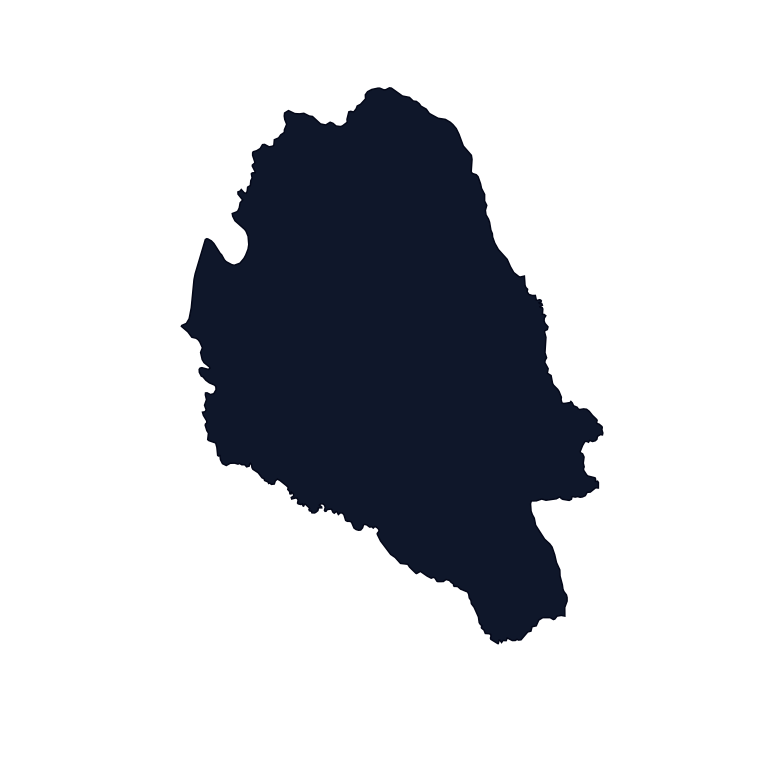 the district of Balboa, Risaralda, Colombia, rotated 157°
{"feature_id": "7082276B7209337263297", "entity_name": "Balboa", "entity_type": "district", "adm_level": 2, "iso_a3": "COL", "parent_name": "Colombia", "parent_adm1": "Risaralda", "projection": "equal_earth", "projection_center": [-75.945, 4.923], "detail": "fine", "context": "isolated", "style": "filled", "palette": "ink", "viewbox_px": 768, "rotation_deg": 157, "n_neighbors": 0, "source": "geoboundaries", "source_scale": "gbopen_adm2", "svg_char_len": 6151}
<svg xmlns="http://www.w3.org/2000/svg" viewBox="0 0 768 768"><g transform="rotate(157 384 384)"><path d="M548.0,516.3L544.2,508.7L542.6,502.1L539.0,499.5L537.7,497.2L537.1,494.7L537.0,488.3L540.5,484.7L541.8,477.5L541.3,474.0L538.0,467.8L538.0,466.6L539.9,466.0L545.3,470.2L547.0,470.5L548.4,469.7L549.4,467.0L549.1,462.7L547.8,461.3L546.5,457.0L544.3,453.3L540.4,449.2L539.8,447.4L540.8,444.4L544.5,441.6L547.9,442.1L550.3,445.0L551.8,445.5L552.7,443.8L553.5,439.0L557.5,434.6L557.8,429.7L559.6,428.4L562.1,429.0L562.5,425.7L561.6,419.3L562.3,417.5L564.0,416.9L564.7,415.9L565.3,410.3L564.8,407.4L568.0,401.7L567.3,400.3L562.0,395.5L562.6,391.0L565.0,383.3L564.5,382.4L563.0,382.2L564.1,378.2L563.8,373.8L561.0,370.6L556.5,371.1L552.4,369.5L549.7,367.3L548.1,367.4L546.4,365.2L543.8,364.2L542.8,361.4L540.2,361.1L538.7,363.1L537.9,363.3L537.5,361.3L538.2,358.6L538.0,356.7L534.5,351.5L532.9,345.3L531.4,343.7L531.6,341.8L529.1,339.2L529.0,337.5L527.8,337.5L526.9,335.6L524.1,334.8L521.9,337.3L519.3,338.1L517.5,335.9L513.5,328.5L512.6,326.2L513.8,324.5L512.9,321.9L513.5,319.7L512.6,319.1L511.3,320.4L510.4,318.2L510.9,316.2L513.7,315.8L513.9,314.2L509.9,313.6L508.7,312.8L508.4,310.7L510.1,308.2L509.8,307.2L507.5,305.5L505.8,305.6L506.2,303.5L505.7,303.0L504.1,304.4L503.4,304.2L501.2,299.3L501.2,298.5L502.1,297.9L502.2,296.5L500.5,295.1L500.7,293.6L498.2,292.4L496.6,292.6L494.3,293.3L492.8,295.6L489.7,294.3L489.4,295.2L490.8,297.8L489.1,298.4L487.1,297.5L486.2,295.9L486.2,293.5L488.2,291.0L488.0,289.8L487.1,289.5L485.3,290.6L481.8,289.6L481.2,289.0L481.1,285.9L480.3,284.5L477.8,285.2L477.2,284.4L477.0,281.7L474.6,282.5L472.6,281.4L472.0,279.0L472.6,273.4L471.4,271.9L469.4,271.1L467.9,269.7L467.9,263.1L466.5,260.9L464.5,259.3L462.5,258.7L459.9,260.0L458.0,262.3L457.0,262.5L455.0,261.2L453.1,257.9L450.9,257.3L450.2,255.6L448.2,256.4L446.9,255.2L445.9,253.2L445.7,251.4L446.4,250.3L448.6,249.1L448.9,248.1L448.5,240.8L444.4,224.5L441.5,220.0L438.9,212.4L432.6,208.8L432.0,205.4L428.6,197.3L428.1,196.8L423.7,197.3L419.3,190.3L416.4,186.8L414.2,186.8L413.0,185.7L412.3,181.7L411.7,181.1L406.6,179.0L403.3,179.8L400.5,177.6L399.7,175.2L398.2,172.8L398.7,171.1L398.5,170.3L395.4,168.9L393.6,165.2L388.3,159.9L388.2,157.3L389.1,153.7L388.5,150.9L389.4,147.6L388.3,143.3L388.1,132.7L389.6,127.1L389.2,124.9L388.1,123.0L389.3,122.3L389.6,121.3L388.1,118.4L388.2,114.8L384.7,113.0L383.7,111.8L384.0,110.1L385.3,108.5L385.4,107.2L380.7,100.6L380.2,100.4L378.2,103.2L377.4,102.8L376.8,100.1L374.7,101.4L371.8,100.0L369.8,102.1L366.1,97.7L363.3,96.6L361.3,97.0L360.2,95.7L357.8,95.0L348.6,99.6L345.3,99.1L342.6,102.7L338.4,101.9L333.8,106.2L329.2,106.9L322.3,104.0L320.1,101.0L318.6,100.9L315.4,102.7L311.2,101.7L308.2,99.7L304.9,107.7L300.3,112.6L298.9,115.9L298.5,118.6L299.5,122.8L299.4,125.4L298.3,129.4L297.0,138.4L294.8,144.2L295.0,152.2L293.6,160.1L293.0,168.2L293.9,172.0L296.8,178.4L299.6,194.8L298.1,201.8L298.5,205.8L298.3,209.5L295.9,216.5L294.1,218.8L289.4,216.9L283.8,216.5L280.3,213.7L270.2,211.0L266.1,211.4L265.6,209.4L264.5,208.0L259.0,204.5L256.5,204.7L255.1,206.6L254.4,206.7L252.2,205.2L249.7,204.7L247.7,203.1L245.4,202.5L242.3,202.6L239.4,204.9L236.3,203.9L229.7,205.8L227.3,204.5L225.1,209.6L225.4,211.1L227.4,211.7L226.4,213.9L226.4,215.2L232.2,219.6L232.9,220.9L233.9,226.4L233.5,228.0L232.1,229.5L231.5,233.3L228.4,238.6L228.5,242.1L229.9,243.9L229.8,245.2L225.1,249.9L221.5,252.6L219.6,251.8L218.5,250.5L216.7,251.7L214.5,249.6L211.8,249.2L209.7,249.9L207.9,252.4L204.6,252.9L202.8,251.8L201.7,253.4L201.3,256.7L200.1,258.7L200.0,259.7L201.7,263.0L203.2,264.3L203.3,265.6L202.0,267.3L202.1,268.2L204.4,273.7L205.8,278.7L207.4,281.6L210.0,283.1L213.8,284.0L214.9,285.0L215.3,287.1L218.0,289.9L218.1,293.1L218.8,294.9L219.9,294.2L224.4,295.3L226.3,295.9L227.6,297.1L227.1,300.4L225.9,302.5L225.8,308.7L226.2,311.1L228.4,316.7L228.6,318.7L226.9,326.5L229.4,330.1L226.9,334.0L227.6,341.0L226.3,343.0L224.1,344.6L223.6,349.9L216.7,363.7L215.9,369.1L215.2,370.2L212.4,370.3L210.7,372.5L212.1,376.9L212.0,379.5L210.8,381.9L208.4,383.6L209.4,385.4L210.9,386.3L208.5,391.0L208.5,392.4L210.1,393.4L210.3,394.2L207.4,394.6L207.4,396.4L209.1,397.0L209.6,398.1L207.6,398.0L206.7,399.0L207.0,400.1L207.9,400.8L210.3,401.1L211.0,401.8L210.1,406.4L212.9,407.5L215.6,409.8L216.2,413.0L214.8,415.1L215.7,417.5L215.6,419.8L212.6,428.5L217.0,429.3L217.9,430.2L221.0,435.9L221.8,442.6L221.9,450.6L226.2,463.1L227.0,470.4L226.6,476.8L225.5,480.1L225.5,483.8L223.6,491.7L223.4,494.9L224.0,499.9L222.8,504.3L219.6,508.3L219.9,513.1L217.3,519.2L217.8,526.0L216.9,530.6L216.4,538.1L217.3,540.6L220.4,543.3L220.8,545.3L215.2,556.4L214.2,560.4L218.0,572.1L217.4,584.6L217.7,590.9L219.2,595.8L220.7,599.0L224.1,603.6L230.4,607.5L235.8,614.3L236.6,615.5L237.7,620.5L241.4,625.3L242.1,628.4L243.8,631.5L246.5,633.0L248.6,637.9L254.5,641.9L261.6,653.5L263.3,654.5L267.4,654.2L269.2,654.8L272.3,658.0L274.0,658.7L280.2,659.9L284.9,659.5L288.2,657.5L289.6,653.7L296.4,650.6L300.0,650.4L302.1,648.2L305.1,646.5L306.1,646.5L308.0,648.0L310.0,648.3L314.6,642.2L315.6,639.3L321.5,637.8L323.5,638.0L327.3,640.2L329.1,643.9L331.3,646.0L336.4,645.2L340.8,648.2L345.3,658.2L348.1,659.9L352.0,664.5L356.3,665.7L360.5,667.8L365.1,673.0L369.6,672.3L371.1,669.7L372.0,666.2L372.1,661.1L376.3,657.0L377.5,654.5L381.7,653.7L384.9,651.7L389.5,651.7L392.0,647.0L393.4,646.4L397.1,647.2L400.3,651.2L402.3,651.8L406.0,649.1L410.2,648.5L413.6,648.9L414.6,648.1L415.6,645.8L416.2,638.7L416.7,637.9L419.6,637.0L420.1,636.0L419.7,630.3L420.0,628.9L422.8,629.8L424.0,629.3L424.9,625.1L427.1,623.3L429.5,618.9L432.6,618.5L434.7,614.8L436.4,613.4L437.9,614.5L439.4,618.8L441.2,617.8L443.4,617.9L444.2,615.8L442.2,608.6L445.6,607.0L448.4,602.7L450.8,600.5L452.3,600.0L457.1,600.2L457.7,597.6L457.4,592.5L451.8,580.7L451.3,578.3L451.4,573.0L454.0,565.2L456.5,561.2L461.0,556.6L463.9,554.3L469.4,551.5L475.4,551.8L477.5,553.3L481.5,558.3L482.4,560.6L483.0,566.4L483.8,568.3L485.7,579.8L487.0,583.2L489.4,586.3L490.4,587.0L492.0,586.8L514.7,559.3L518.0,554.5L531.6,529.5L537.8,520.3L542.2,517.0L547.3,516.9L548.0,516.3Z" fill="#0f172a" stroke="#020617" stroke-width="1.5"/></g></svg>